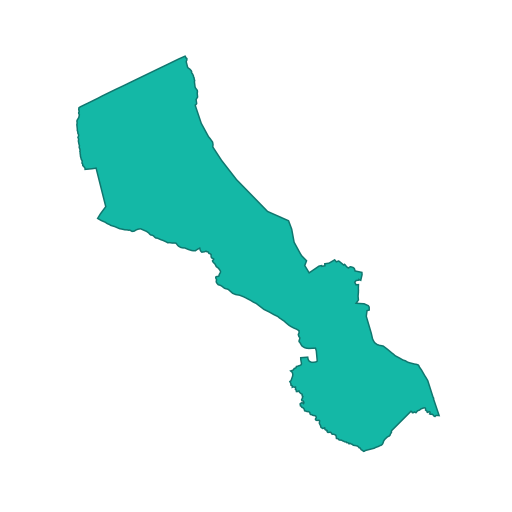 Tigania East, Eastern, Kenya (Albers equal-area conic projection), rotated 353°
{"feature_id": "3690345B96077090238536", "entity_name": "Tigania East", "entity_type": "district", "adm_level": 2, "iso_a3": "KEN", "parent_name": "Kenya", "parent_adm1": "Eastern", "projection": "albers", "projection_center": [37.791, 0.27], "detail": "fine", "context": "isolated", "style": "filled", "palette": "teal", "viewbox_px": 512, "rotation_deg": 353, "n_neighbors": 0, "source": "geoboundaries", "source_scale": "gbopen_adm2", "svg_char_len": 6081}
<svg xmlns="http://www.w3.org/2000/svg" viewBox="0 0 512 512"><g transform="rotate(353 256 256)"><path d="M210.0,49.0L203.4,51.0L142.3,71.8L137.4,73.4L123.4,78.2L118.2,80.2L99.9,86.5L98.4,87.2L97.9,88.9L98.1,91.2L97.5,92.0L97.4,92.9L97.9,94.3L97.0,96.9L95.1,99.3L94.7,100.2L94.7,102.2L94.2,103.8L94.1,108.6L93.9,109.3L94.3,111.4L94.1,112.2L94.7,114.1L94.6,114.8L94.3,115.7L93.7,116.5L94.2,118.3L93.7,120.3L93.9,123.2L94.2,125.0L93.8,126.3L93.8,127.1L94.1,127.8L94.3,129.5L93.9,130.9L94.1,131.6L93.9,133.4L94.1,134.0L93.9,135.3L94.4,138.9L95.1,140.4L94.6,142.6L95.2,143.6L95.1,145.2L95.8,145.9L97.0,148.0L96.9,149.2L104.1,149.4L108.0,149.3L112.9,188.7L106.8,195.1L103.4,199.4L106.7,201.9L110.8,204.3L111.5,205.1L113.1,206.2L114.6,207.0L115.3,207.8L119.4,209.6L124.0,212.3L126.0,212.9L129.0,214.0L131.5,214.4L132.3,214.8L133.9,214.9L136.0,216.5L138.0,216.5L140.5,215.4L142.3,215.0L144.7,214.9L150.3,218.2L152.3,220.0L153.2,221.4L154.1,222.3L155.5,222.7L156.6,223.4L157.8,225.0L158.7,225.9L160.4,226.3L163.7,228.3L165.6,229.2L168.7,231.1L170.0,232.1L171.9,232.2L174.3,232.9L177.5,233.3L178.2,233.6L179.6,235.9L180.3,236.8L182.3,238.3L184.2,239.0L186.2,239.3L189.7,241.3L192.8,242.7L193.8,243.0L196.4,243.4L198.3,242.4L201.1,241.3L201.4,243.6L202.0,244.8L202.7,245.6L205.6,245.5L207.0,245.1L207.6,245.7L208.8,246.0L209.2,246.6L209.6,247.7L210.6,248.1L211.6,249.0L211.4,250.6L211.5,251.9L212.0,252.7L212.9,253.1L213.7,253.9L213.3,254.6L212.7,255.0L212.2,255.5L212.4,256.3L213.2,257.6L214.1,258.6L215.0,260.7L215.2,261.6L217.2,263.5L218.8,266.3L218.9,267.3L218.5,268.3L217.3,269.8L216.8,271.2L216.3,271.6L214.4,271.6L213.5,272.0L213.4,272.9L214.0,274.9L213.5,276.0L213.4,277.0L214.0,278.4L215.0,279.9L216.9,280.7L218.2,281.6L220.7,284.1L221.6,284.6L223.7,285.4L224.5,285.9L228.2,290.1L229.2,290.7L231.2,291.8L234.9,292.9L238.8,295.0L245.4,299.5L247.7,301.4L250.4,303.1L257.4,310.0L262.5,313.3L266.5,316.3L270.1,318.6L270.7,319.1L271.6,320.2L276.5,324.5L276.9,325.2L280.3,328.8L282.0,330.2L284.6,332.0L287.4,333.6L289.7,335.5L289.4,336.5L289.5,337.4L289.1,338.1L288.5,338.8L288.4,339.6L288.7,340.2L288.7,341.0L289.5,342.4L289.4,343.3L288.9,344.3L288.7,345.0L288.3,345.6L288.4,346.4L288.9,346.9L290.5,350.7L291.9,352.0L293.1,352.9L294.7,353.6L297.2,354.2L303.8,354.7L304.3,357.5L304.0,367.3L303.7,368.0L302.2,368.5L299.6,368.5L297.9,368.2L296.3,367.1L295.6,366.2L295.1,364.7L295.0,362.7L288.0,362.4L287.8,364.3L288.0,367.3L288.0,368.6L287.6,369.4L286.1,370.1L285.3,370.1L284.1,370.5L282.6,370.6L282.3,371.6L281.6,372.0L280.2,372.3L279.3,373.5L278.4,373.9L276.4,374.3L277.9,376.0L278.1,378.1L277.7,379.7L275.5,384.1L274.3,384.7L275.1,387.0L274.9,388.4L276.1,389.2L276.0,390.7L276.8,390.4L278.5,391.0L279.2,390.9L279.1,392.5L278.9,393.2L279.4,393.5L279.6,395.5L280.6,395.6L281.2,395.3L282.2,395.2L282.3,396.1L282.7,396.7L283.8,398.0L285.0,398.9L284.8,400.3L285.4,401.1L284.9,401.7L284.9,402.6L283.8,404.0L283.8,404.7L284.1,405.4L285.0,405.5L285.5,406.4L285.7,407.5L285.2,408.3L284.4,407.5L283.6,407.2L282.1,407.8L281.7,408.3L281.9,409.2L281.8,410.1L282.5,410.6L283.1,411.8L284.0,412.3L284.7,412.9L285.2,414.1L285.4,415.6L286.3,415.8L286.9,416.3L288.3,416.8L289.1,416.8L290.3,417.8L290.5,419.5L291.1,420.1L292.1,420.3L292.8,420.9L293.6,421.3L294.8,421.6L295.7,422.0L296.1,423.0L296.1,423.9L295.2,424.9L295.1,425.6L295.6,426.3L296.3,426.6L297.2,426.7L298.4,426.7L299.0,427.1L298.9,428.2L298.6,429.1L298.5,429.9L299.5,432.6L299.4,433.3L299.7,434.1L301.3,435.4L303.2,434.9L303.3,436.4L303.8,437.1L304.9,437.5L305.4,438.0L305.1,438.5L305.3,439.2L305.9,439.9L308.6,440.0L309.0,440.6L309.6,441.9L310.1,442.2L311.0,442.3L311.7,442.5L312.6,443.1L313.2,443.3L313.6,444.7L313.6,446.9L315.2,447.4L316.1,448.7L318.6,449.3L319.5,450.1L320.1,450.3L321.7,451.4L322.9,451.5L323.4,452.4L324.2,452.4L324.9,452.8L325.5,453.8L326.4,453.3L327.7,454.3L328.4,454.5L329.5,455.7L332.0,456.4L333.7,457.1L334.4,457.9L335.0,458.9L335.8,459.1L336.9,461.2L338.0,461.9L338.9,463.0L340.0,462.9L340.7,462.4L349.9,461.2L351.4,460.6L354.5,459.9L356.2,459.2L356.9,459.2L357.7,458.8L358.5,458.2L359.1,457.4L360.3,455.0L361.5,453.7L363.9,451.9L364.8,451.4L366.4,450.9L367.2,450.2L367.7,449.1L369.0,447.5L369.0,446.5L369.4,445.8L390.9,429.0L391.7,429.5L391.9,430.4L392.6,430.8L394.3,430.1L395.0,430.7L395.7,431.0L397.5,429.3L399.4,428.9L401.3,427.8L404.2,427.2L404.8,427.2L405.5,427.6L405.7,428.7L405.5,429.6L406.8,430.9L406.8,431.8L407.4,432.2L408.8,431.5L409.7,432.1L409.6,433.1L409.1,433.9L409.8,434.3L410.7,434.5L411.4,434.4L412.1,434.9L413.3,436.7L414.1,437.1L415.0,436.3L416.3,436.3L418.3,436.7L414.8,419.6L415.0,418.8L414.5,417.7L411.3,400.7L409.8,397.2L409.0,395.6L406.4,389.4L404.6,386.0L404.2,384.6L403.6,383.8L401.8,383.0L400.5,382.7L395.7,380.8L393.5,379.8L391.5,378.2L389.1,377.1L386.2,374.9L381.9,371.9L380.5,370.2L379.0,368.8L375.1,364.6L371.3,360.9L369.0,360.1L367.4,359.7L366.7,359.2L365.6,358.8L363.4,356.7L362.9,355.9L362.4,354.8L361.6,352.6L361.0,346.8L358.1,329.3L359.5,323.8L361.8,323.4L362.1,320.5L361.4,319.0L357.5,316.6L349.6,315.1L352.3,312.1L352.4,308.3L353.3,304.1L353.3,303.4L353.5,302.7L353.6,300.9L354.2,296.9L351.8,296.8L350.8,294.1L352.4,292.5L355.0,292.5L355.2,291.8L357.0,292.9L359.0,287.4L359.1,285.2L352.5,282.9L352.2,280.9L352.0,280.3L350.9,279.2L348.6,278.2L347.9,278.3L346.2,279.2L344.6,277.7L343.6,276.0L342.9,275.1L342.0,275.7L338.1,271.6L337.3,271.0L335.0,271.6L333.6,269.4L327.6,272.0L323.3,272.1L323.2,274.1L320.1,274.3L320.0,273.5L317.3,273.7L306.7,279.2L303.2,271.4L305.6,266.9L301.4,261.4L300.3,259.1L295.5,247.0L294.7,233.7L292.6,225.0L272.9,213.2L246.0,177.9L233.4,156.8L226.4,142.5L226.9,140.2L226.8,137.7L224.7,133.8L223.4,131.8L217.8,117.6L214.2,99.9L214.1,98.8L215.4,97.9L215.7,97.4L215.6,93.4L217.4,91.1L217.5,86.9L217.9,86.1L217.9,84.4L216.5,82.0L216.1,80.7L216.1,75.5L216.5,74.5L216.4,73.6L216.2,73.0L216.3,71.7L215.9,71.0L215.8,69.4L215.1,67.4L214.6,66.7L214.4,66.0L214.6,65.3L214.3,64.2L213.2,62.6L211.4,60.9L211.1,60.2L210.4,54.7L210.7,53.9L211.1,53.4L211.5,51.8L211.1,51.1L210.5,50.8L210.4,50.0L210.0,49.0Z" fill="#14b8a6" stroke="#0f766e" stroke-width="1.5"/></g></svg>